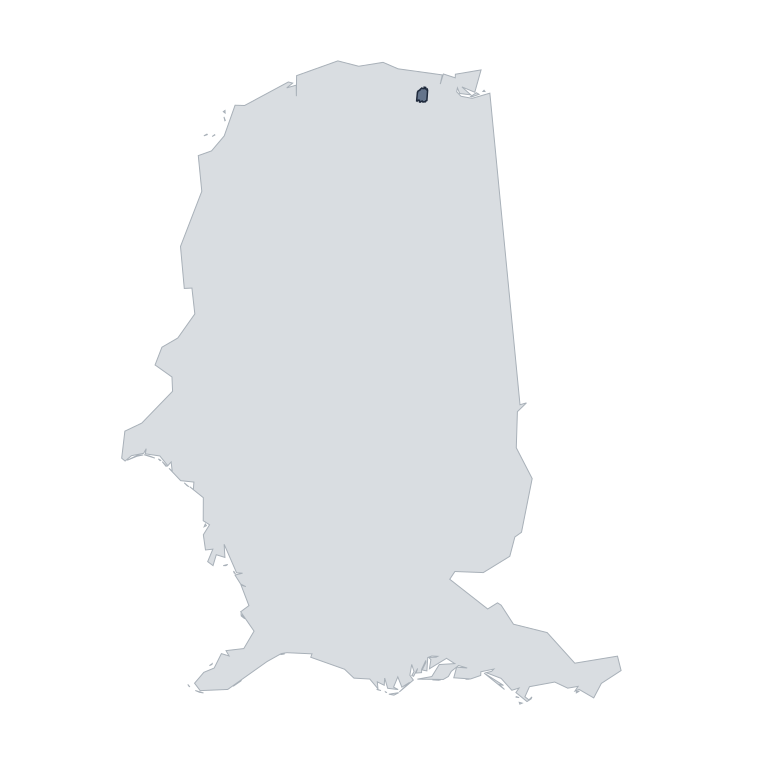 Clackamas, Oregon, United States of America (highlighted), rotated 94°
{"feature_id": "52423323B19187605552860", "entity_name": "Clackamas", "entity_type": "district", "adm_level": 2, "iso_a3": "USA", "parent_name": "United States of America", "parent_adm1": "Oregon", "projection": "orthographic", "projection_center": [-122.297, 45.174], "detail": "fine", "context": "in_parent", "style": "filled", "palette": "slate", "viewbox_px": 768, "rotation_deg": 94, "n_neighbors": 0, "source": "geoboundaries", "source_scale": "gbopen_adm2", "svg_char_len": 4877}
<svg xmlns="http://www.w3.org/2000/svg" viewBox="0 0 768 768"><g transform="rotate(94 384 384)"><path d="M620.6,203.9L649.2,174.2L639.2,132.1L653.3,127.5L667.5,146.3L682.5,152.9L675.1,168.0L677.0,172.1L672.1,169.3L674.6,179.5L669.4,192.9L675.8,217.8L686.2,221.6L689.0,217.4L685.8,214.6L687.9,215.3L690.8,219.2L682.6,230.9L677.9,228.1L680.6,235.1L669.5,246.6L664.8,262.0L663.2,256.7L660.7,254.5L664.3,267.3L668.0,267.2L672.2,277.1L672.2,293.9L661.4,291.8L661.5,281.2L659.6,290.0L665.9,296.8L671.3,299.4L674.6,304.3L676.1,330.1L672.5,315.9L660.0,309.3L658.0,293.9L653.3,302.5L664.9,318.8L655.7,318.0L653.7,320.2L652.9,313.0L651.9,311.4L652.0,317.4L653.8,321.3L667.2,321.2L666.6,326.0L659.0,322.9L656.8,323.0L666.1,326.6L669.3,326.4L670.1,331.9L665.4,330.6L673.5,334.1L672.8,335.9L668.8,334.0L661.8,336.8L672.7,337.9L677.3,334.1L690.2,347.3L679.8,337.6L685.2,345.0L675.2,349.8L685.7,353.3L687.8,348.6L687.3,359.1L677.3,362.8L684.5,362.8L681.6,369.9L688.4,368.8L679.3,377.6L679.5,393.5L671.3,403.4L661.7,438.0L658.2,437.0L658.8,462.2L660.1,467.7L669.1,481.4L699.6,518.6L702.7,546.0L695.7,552.1L684.2,543.6L679.2,533.6L664.3,527.4L666.1,519.6L661.0,523.0L657.7,505.4L639.6,496.4L621.2,511.1L614.5,503.3L594.5,512.6L595.8,507.7L593.5,513.1L585.0,519.3L582.6,511.9L582.6,517.9L555.0,532.3L568.1,530.6L566.0,539.4L577.1,541.9L573.5,547.5L560.7,543.2L562.0,550.5L547.0,553.7L536.6,548.2L533.0,554.8L510.0,556.3L500.0,570.7L502.5,566.8L495.1,566.8L494.6,580.1L483.1,592.6L485.7,589.2L476.6,590.9L480.6,594.0L471.4,602.6L470.3,617.2L465.1,616.7L469.9,618.9L473.1,630.9L478.9,636.9L476.3,640.5L449.1,639.2L439.9,622.9L406.0,594.4L391.8,596.0L381.0,613.7L362.8,608.1L352.5,592.9L327.3,577.6L301.7,582.3L302.6,589.9L261.0,596.6L204.5,579.2L169.1,585.2L163.5,572.3L147.7,560.7L116.3,552.0L115.9,542.5L89.4,500.5L90.2,496.1L95.4,501.7L92.0,492.4L103.0,491.5L82.5,492.7L64.9,452.6L68.8,431.4L63.2,407.4L68.6,392.0L71.6,347.4L80.9,348.8L70.6,346.4L73.6,334.3L70.0,334.4L63.9,309.1L86.6,313.8L82.2,327.0L89.5,317.6L88.9,328.7L83.5,331.4L87.4,331.9L91.6,327.3L92.9,316.0L86.5,298.7L395.2,246.9L392.9,240.6L402.3,249.0L438.4,247.6L468.0,229.6L522.3,236.5L527.5,242.8L547.1,246.5L565.2,271.8L566.1,300.2L574.2,304.8L601.2,264.9L594.4,255.5L596.5,251.7L614.6,238.1L620.6,203.9ZM675.7,248.0L680.3,242.5L665.4,264.0L676.3,243.8L675.7,248.0ZM88.4,309.4L91.4,316.5L91.2,317.6L87.0,312.2L88.4,309.4ZM478.0,634.9L472.5,625.3L471.5,619.1L473.3,625.4L478.0,634.9ZM676.7,167.6L678.7,170.6L677.5,170.7L676.7,167.6ZM537.7,551.3L539.0,553.5L536.1,552.5L537.7,551.3ZM128.7,562.3L132.2,560.7L132.5,561.1L128.7,562.3ZM124.8,561.4L123.5,563.3L122.2,561.7L124.8,561.4ZM687.4,227.3L687.2,230.4L686.6,230.3L687.4,227.3ZM472.2,612.9L471.3,618.4L473.9,607.4L472.2,612.9ZM690.3,506.1L696.1,513.4L689.5,505.5L690.3,506.1ZM147.4,570.1L149.1,572.7L147.1,570.3L147.4,570.1ZM704.4,546.6L702.9,550.9L704.8,542.5L704.4,546.6ZM693.7,352.4L693.1,357.5L690.9,347.8L693.7,352.4ZM85.2,303.7L85.3,305.7L84.0,304.7L85.2,303.7ZM481.2,595.9L476.9,599.8L481.1,595.1L481.2,595.9ZM692.7,223.9L693.9,226.2L692.1,226.9L692.7,223.9ZM147.6,577.7L149.0,581.0L147.1,578.1L147.6,577.7ZM476.1,602.0L474.4,603.9L475.7,601.4L476.1,602.0ZM675.7,308.8L675.8,315.1L675.1,306.7L675.7,308.8ZM499.1,573.4L496.5,576.4L500.1,571.5L499.1,573.4ZM660.2,464.3L661.2,468.4L659.9,465.9L660.2,464.3ZM689.5,368.8L689.0,370.1L690.0,365.6L689.5,368.8ZM628.0,506.4L625.4,510.2L623.9,510.5L628.0,506.4ZM583.4,519.3L583.0,520.3L581.0,521.0L583.4,519.3ZM675.8,536.1L677.1,538.5L675.0,535.9L675.8,536.1ZM576.2,529.0L576.4,531.7L574.9,527.3L576.2,529.0ZM699.1,557.5L697.4,558.8L699.7,556.5L699.1,557.5ZM672.6,279.0L672.8,282.1L672.3,277.9L672.6,279.0ZM691.7,359.5L691.2,361.1L690.9,361.2L691.7,359.5Z" fill="#d9dde1" stroke="#a8b0b8" stroke-width="1"/><path d="M99.3,371.2L99.5,370.8L99.1,370.7L99.1,370.4L98.6,370.1L98.4,369.5L98.4,369.0L98.7,368.9L98.7,368.5L99.2,368.6L99.5,368.5L99.4,368.4L99.9,368.0L100.2,368.0L100.2,367.8L100.3,367.6L100.1,367.1L99.9,367.0L99.6,366.8L99.5,366.5L99.4,366.4L99.3,366.2L99.1,365.6L99.5,365.4L99.7,365.2L99.9,365.1L99.9,364.7L99.7,364.6L99.9,363.9L99.6,363.3L99.7,362.6L99.4,362.2L98.7,362.1L98.5,361.8L98.3,361.5L98.3,361.1L98.2,361.0L96.1,361.0L94.4,361.0L91.2,361.0L89.4,361.0L89.1,361.0L88.9,361.0L88.5,361.0L88.0,361.0L87.7,361.1L87.9,361.4L87.9,361.5L87.2,361.5L86.8,361.5L86.7,361.5L86.7,362.1L86.7,363.0L86.7,363.3L85.9,363.3L85.9,363.1L85.4,363.1L85.4,363.6L85.2,363.6L85.1,364.6L85.4,364.6L85.6,364.3L86.2,364.3L86.2,364.6L86.4,364.6L86.8,364.6L86.7,364.6L86.6,364.9L86.6,365.0L86.5,365.5L86.6,365.9L86.5,366.1L86.3,366.5L86.1,366.9L86.6,367.3L86.7,367.5L87.0,367.8L87.2,368.1L87.6,368.4L87.8,368.6L88.0,368.6L88.5,368.8L88.6,369.4L88.9,369.5L89.0,369.8L89.3,370.3L89.5,370.4L89.6,370.6L89.9,370.6L90.2,370.7L90.4,370.9L91.0,370.9L91.0,371.0L98.9,371.2L99.3,371.2Z" fill="#64748b" stroke="#1e293b" stroke-width="1.5"/></g></svg>